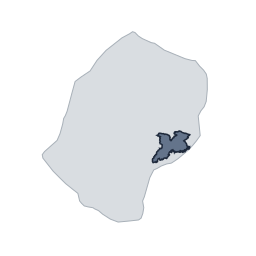 Ntsupe, Qacha's Nek, Lesotho shown in context, rotated 344°
{"feature_id": "5366337B15703644997437", "entity_name": "Ntsupe", "entity_type": "district", "adm_level": 2, "iso_a3": "LSO", "parent_name": "Lesotho", "parent_adm1": "Qacha's Nek", "projection": "orthographic", "projection_center": [28.725, -29.92], "detail": "fine", "context": "in_parent", "style": "filled", "palette": "slate", "viewbox_px": 256, "rotation_deg": 344, "n_neighbors": 0, "source": "geoboundaries", "source_scale": "gbopen_adm2", "svg_char_len": 6429}
<svg xmlns="http://www.w3.org/2000/svg" viewBox="0 0 256 256"><g transform="rotate(344 128 128)"><path d="M167.6,171.3L160.7,173.5L159.7,173.7L155.3,173.2L149.4,173.7L144.8,174.9L141.2,175.4L135.3,181.7L124.7,198.7L121.9,202.2L121.2,208.9L118.7,214.2L115.7,218.3L112.8,219.3L103.9,217.8L92.6,215.7L85.9,210.7L80.0,204.0L76.8,199.2L73.6,196.5L72.4,195.0L67.8,192.8L66.0,191.7L64.5,190.9L62.6,187.6L61.4,184.8L61.8,177.0L58.4,172.3L52.8,164.4L49.1,157.9L44.2,149.0L41.1,141.4L37.9,133.5L38.2,130.0L41.2,127.7L49.7,123.6L56.4,120.4L61.1,114.7L66.3,106.2L68.8,101.1L71.3,98.7L74.1,95.1L78.9,87.1L84.2,78.2L90.0,68.7L97.3,65.9L107.3,62.7L116.9,54.4L128.4,47.3L147.0,39.7L155.7,37.8L158.9,36.7L161.0,38.1L163.3,42.4L166.4,46.0L173.8,52.3L176.9,53.9L184.4,63.2L192.5,69.6L201.8,77.0L208.1,80.7L211.3,81.8L213.9,88.3L216.6,93.2L218.1,97.7L217.8,102.2L214.8,113.0L210.5,124.0L207.0,128.6L202.9,131.5L198.8,135.8L197.2,144.7L195.3,155.2L190.0,159.4L185.9,162.2L180.2,165.7L167.6,171.3Z" fill="#d9dde1" stroke="#a8b0b8" stroke-width="1"/><path d="M157.0,167.9L157.5,167.0L158.2,166.8L158.8,166.3L160.0,165.6L160.5,165.3L160.5,165.0L160.3,164.8L160.1,164.8L159.6,165.2L159.4,165.2L159.3,164.8L159.6,164.4L160.2,164.2L160.5,163.5L160.9,162.8L161.3,162.7L161.6,162.4L162.0,162.6L162.5,163.2L163.2,163.6L163.3,163.5L163.3,163.2L162.9,162.6L162.9,162.1L163.1,161.5L163.9,161.3L164.2,161.3L164.6,161.5L165.1,161.3L165.2,161.8L165.4,162.0L165.0,162.2L164.4,162.1L164.7,162.5L165.0,162.9L165.3,163.0L165.7,162.8L165.9,162.8L166.0,163.1L165.8,163.3L165.7,163.4L166.0,163.6L165.9,164.3L166.1,164.1L166.4,164.2L166.4,164.5L166.7,164.5L167.1,164.0L167.5,163.8L168.2,164.7L168.3,164.7L168.6,164.4L169.2,164.4L169.6,164.7L169.8,164.5L170.5,164.8L170.8,164.6L171.0,164.7L170.9,165.1L171.0,165.3L170.9,165.5L171.3,165.7L171.5,165.7L171.7,165.0L171.6,164.7L171.9,164.2L172.0,164.1L172.4,164.4L172.6,164.6L172.5,164.8L172.3,164.9L172.1,165.1L172.3,165.3L172.7,165.6L173.0,165.4L172.9,165.0L173.0,164.9L173.5,165.5L173.5,166.1L173.9,166.5L174.1,166.3L174.5,166.3L174.5,166.1L174.6,165.9L174.6,165.6L174.8,165.8L175.2,165.3L175.3,165.4L175.3,165.5L175.2,165.6L175.4,165.9L175.7,166.2L176.3,166.5L176.4,166.4L176.3,166.0L176.7,165.7L176.2,165.6L175.9,165.8L176.0,165.3L176.0,164.9L176.4,164.5L176.5,164.5L176.6,164.8L177.0,165.0L177.1,165.5L177.6,165.4L177.4,164.9L177.1,164.9L177.2,164.6L179.0,164.8L179.2,164.7L179.1,164.3L178.7,164.3L178.8,163.7L179.1,163.6L179.1,164.2L179.4,164.2L179.5,164.1L179.7,163.5L179.9,163.3L180.0,163.0L180.1,163.4L180.0,163.6L179.9,164.6L180.5,165.0L181.0,164.9L181.1,164.7L180.8,164.7L180.7,164.5L180.6,164.0L180.6,163.7L180.8,163.4L180.9,163.1L181.0,163.1L180.9,163.3L180.9,163.5L181.1,163.9L181.3,163.9L181.5,164.2L181.9,164.0L181.8,163.4L182.0,163.2L182.1,162.9L181.9,162.9L181.7,163.0L181.2,162.5L180.9,162.7L180.6,162.5L180.6,162.3L180.5,162.2L179.7,161.5L179.8,161.1L179.7,161.1L179.6,160.9L179.7,160.7L179.7,160.4L179.8,159.9L179.9,159.6L179.8,159.2L179.8,158.9L179.6,158.7L179.5,158.4L179.5,158.2L179.3,157.8L179.1,156.9L178.5,156.5L178.5,156.3L178.1,155.7L179.0,155.3L179.6,155.3L180.0,155.0L180.5,155.0L180.8,154.9L181.4,154.8L181.7,154.6L181.9,154.2L182.5,154.2L183.2,154.0L183.3,153.9L183.2,153.5L183.2,153.3L182.9,153.0L183.0,152.6L184.2,152.2L184.7,152.1L185.1,151.9L185.2,151.7L185.4,151.7L185.6,151.4L184.7,150.9L184.1,150.7L183.8,150.3L183.4,150.2L183.1,149.9L182.8,149.4L182.1,149.3L181.8,149.0L181.6,148.7L181.2,148.6L180.9,148.7L180.7,148.7L180.6,148.4L180.3,148.3L179.9,147.9L179.1,147.4L178.7,147.1L178.6,146.9L178.4,146.6L178.2,146.3L177.8,146.0L177.8,145.9L177.7,145.9L177.2,145.6L177.0,145.2L176.6,145.1L176.3,145.0L176.1,145.2L175.9,145.1L175.7,145.2L175.3,145.2L175.1,145.4L174.8,145.3L174.6,145.4L174.2,145.3L173.7,145.0L173.4,145.0L173.1,144.8L172.9,144.9L172.7,144.8L172.3,144.6L172.2,144.6L172.1,145.3L171.4,145.1L171.2,145.3L171.1,145.6L170.8,146.1L170.9,146.3L171.1,146.4L171.5,147.0L171.5,147.7L171.7,148.0L171.9,148.1L172.1,148.1L172.8,147.9L172.9,148.0L172.8,148.5L172.5,148.6L171.8,148.6L171.4,148.8L169.9,148.8L169.8,149.3L169.6,149.5L169.5,149.8L169.3,150.0L168.2,150.0L167.9,150.2L167.4,150.8L166.9,151.2L166.6,151.2L166.4,151.5L166.3,151.9L166.0,152.0L166.0,151.6L166.0,151.3L166.0,151.0L165.5,150.8L165.5,151.1L165.3,151.2L165.2,151.1L165.3,150.9L165.1,150.4L165.2,150.2L165.3,149.7L165.4,149.4L165.8,149.0L165.6,148.6L165.6,148.3L165.6,148.1L165.8,148.1L165.8,147.7L165.7,147.4L165.7,147.0L165.6,146.8L165.2,146.5L165.3,146.3L165.2,146.2L164.8,145.9L164.6,145.9L164.2,145.2L163.9,145.0L163.5,144.8L163.1,144.7L162.8,144.4L162.5,144.4L162.2,144.1L161.7,144.0L161.4,143.9L161.3,144.0L161.1,143.7L160.8,143.6L160.4,143.1L159.1,142.9L158.4,142.3L158.1,142.2L157.9,142.2L157.6,141.9L156.9,141.7L156.6,141.6L156.5,141.8L156.0,141.9L156.0,142.1L155.7,142.2L155.6,142.5L155.3,142.6L154.5,143.1L154.0,143.1L154.2,143.3L154.4,143.8L154.7,143.9L155.0,143.8L155.5,144.5L156.1,144.6L156.8,145.3L156.3,145.7L156.0,145.8L155.8,146.0L155.8,146.4L155.9,146.7L156.2,146.9L156.2,147.0L155.8,147.5L155.5,147.6L155.1,148.3L155.2,148.8L155.4,148.9L155.2,149.6L155.3,150.0L154.8,150.2L154.6,150.4L154.5,150.6L154.7,151.3L154.5,151.9L155.0,152.2L155.5,152.7L155.8,152.9L156.0,153.2L156.3,153.8L156.2,154.0L155.9,154.3L155.8,154.5L155.5,155.9L155.2,156.1L154.9,156.7L154.7,156.8L154.3,156.7L154.1,156.9L153.9,156.8L153.6,156.5L152.9,156.3L153.0,156.6L152.8,156.9L152.7,157.1L151.9,157.4L151.7,157.6L151.3,157.7L150.7,157.8L150.4,158.4L150.2,158.6L149.9,158.6L149.0,159.0L148.8,159.3L148.7,159.6L148.5,160.0L148.4,160.7L148.1,161.3L147.6,161.1L147.4,161.1L147.3,161.5L147.2,161.6L146.5,161.7L146.1,161.8L146.1,162.2L145.8,162.8L144.8,162.9L144.7,163.5L144.5,164.0L144.1,164.0L143.8,164.2L143.3,164.3L142.9,164.8L142.8,165.2L142.8,165.4L142.8,165.7L142.7,165.9L142.5,166.1L142.5,166.5L142.3,166.8L142.5,168.1L142.9,168.2L143.0,168.3L143.6,168.2L143.8,168.1L144.6,168.2L145.2,168.6L145.4,168.9L145.6,168.9L145.9,168.8L146.1,168.7L146.0,168.1L146.5,168.2L146.8,168.6L147.1,168.5L147.2,168.3L147.1,167.9L147.3,167.6L147.4,167.3L147.9,166.8L148.3,166.2L148.6,165.9L149.1,165.9L149.7,166.2L149.8,166.1L149.9,166.4L149.9,167.1L149.8,167.4L150.0,167.8L150.8,167.8L151.7,167.7L151.9,167.2L152.0,167.2L152.1,167.3L152.3,167.9L152.4,168.0L153.1,167.8L153.5,167.6L153.5,167.4L153.8,167.1L154.2,167.0L154.7,166.9L155.3,167.2L155.6,167.1L156.7,168.0L157.0,167.9Z" fill="#64748b" stroke="#1e293b" stroke-width="1.5"/></g></svg>